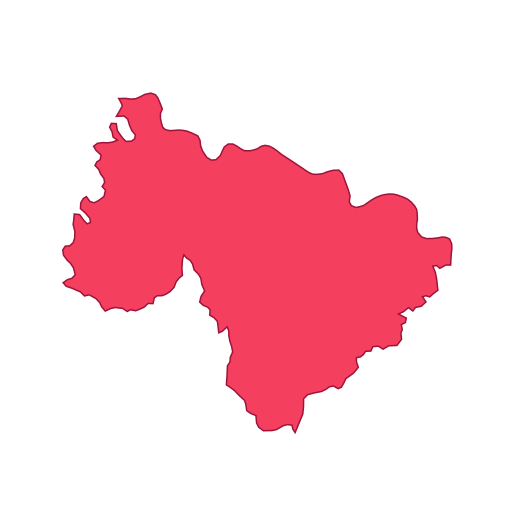 the district of Pinhal da Serra, Rio Grande do Sul, Brazil, rotated 349°
{"feature_id": "56859067B60137678530591", "entity_name": "Pinhal da Serra", "entity_type": "district", "adm_level": 2, "iso_a3": "BRA", "parent_name": "Brazil", "parent_adm1": "Rio Grande do Sul", "projection": "robinson", "projection_center": [-51.231, -27.853], "detail": "fine", "context": "isolated", "style": "filled", "palette": "rose", "viewbox_px": 512, "rotation_deg": 349, "n_neighbors": 0, "source": "geoboundaries", "source_scale": "gbopen_adm2", "svg_char_len": 3751}
<svg xmlns="http://www.w3.org/2000/svg" viewBox="0 0 512 512"><g transform="rotate(349 256 256)"><path d="M192.1,93.8L190.8,86.7L189.8,82.1L188.0,78.4L183.7,76.0L177.6,76.2L172.4,77.7L167.8,78.7L162.8,78.0L158.5,76.5L151.3,75.2L152.6,79.1L153.5,83.0L150.0,87.3L145.6,92.3L149.7,92.9L153.2,93.4L156.2,97.2L156.7,103.0L158.0,109.2L160.7,114.0L159.3,117.7L155.7,119.5L150.2,118.7L148.0,115.5L146.3,112.0L143.8,106.4L144.1,99.4L139.3,98.2L136.9,101.6L138.4,106.6L138.4,112.0L142.1,115.8L136.9,116.8L132.1,116.6L127.4,115.5L121.9,115.1L117.5,117.3L119.1,121.8L123.2,127.4L121.4,131.7L117.7,133.3L115.2,136.4L118.1,140.9L119.1,145.9L121.5,150.9L121.4,155.0L118.2,158.5L120.8,162.6L118.2,168.5L112.1,171.5L107.2,172.9L103.4,170.8L100.8,165.3L97.4,166.7L94.1,170.4L92.7,176.0L96.7,181.2L100.1,187.2L99.9,191.5L96.4,192.2L93.8,188.3L90.8,181.7L85.6,180.1L84.0,185.8L82.5,190.1L82.9,197.5L81.4,203.7L79.2,207.9L75.0,210.5L70.7,209.9L67.5,213.1L67.2,218.5L69.8,224.0L72.5,227.8L74.6,232.9L75.0,239.9L70.9,242.8L66.5,243.2L61.6,245.4L63.9,249.5L69.0,252.4L76.9,257.8L80.0,262.5L84.9,262.3L90.7,267.2L93.7,271.9L94.8,276.4L97.5,281.3L103.6,279.8L108.1,279.7L111.5,280.9L114.9,281.8L119.0,285.9L122.5,284.8L127.5,286.8L133.1,285.7L136.4,284.9L141.0,282.0L145.8,283.1L148.2,277.7L151.4,276.2L156.0,277.0L159.9,276.4L164.5,274.7L169.5,271.2L172.8,266.0L176.5,262.9L180.1,261.0L180.8,254.5L182.3,248.6L183.4,244.8L185.5,241.2L187.6,244.9L190.6,247.8L192.2,251.9L192.6,257.8L196.1,263.0L197.6,267.2L197.4,273.7L198.9,280.5L194.4,285.1L191.9,290.5L194.8,294.4L198.5,296.7L200.7,300.0L199.3,305.3L203.0,308.5L205.6,312.8L205.2,319.3L204.8,324.3L208.7,323.4L214.1,320.0L215.0,324.5L214.1,329.1L214.1,335.0L214.8,339.5L214.8,345.7L211.5,350.4L210.2,355.1L207.0,358.4L205.7,363.8L204.6,368.5L202.3,376.8L205.2,379.6L209.2,384.0L212.8,389.6L217.2,395.5L217.7,399.5L217.4,406.0L220.5,409.3L225.5,412.6L224.7,420.0L226.0,424.6L229.9,428.9L234.2,429.7L238.4,430.4L243.1,430.3L250.3,427.8L254.7,427.5L259.0,428.9L259.2,433.2L260.7,436.8L271.7,420.2L273.9,413.0L275.5,405.2L280.2,402.0L287.4,401.5L294.5,401.5L299.3,400.2L302.8,398.5L307.1,398.3L311.3,401.9L314.8,401.1L318.1,397.2L320.8,393.5L325.3,391.5L329.3,389.6L335.2,384.8L334.4,379.2L335.2,374.9L339.2,375.0L342.5,373.4L345.3,370.5L350.7,371.2L353.3,367.3L359.0,367.9L362.9,371.7L369.3,369.5L377.3,370.7L383.0,365.5L383.5,359.5L385.5,356.2L385.6,351.0L389.9,349.9L391.7,345.6L388.1,342.8L384.8,340.1L390.2,338.8L395.8,335.8L399.5,339.9L402.8,336.9L408.6,336.9L414.1,333.5L411.7,327.8L415.2,327.4L418.8,329.3L422.7,326.9L428.0,324.3L428.4,318.9L428.9,313.5L428.9,306.3L427.6,299.8L431.5,299.8L434.1,303.2L440.5,301.1L445.4,302.0L446.5,297.2L447.8,292.2L449.7,285.9L450.4,281.4L449.3,276.2L445.7,273.8L442.3,272.9L438.2,272.9L432.5,272.5L426.7,271.4L422.3,269.0L419.3,263.9L419.0,259.5L419.9,255.0L421.4,251.0L422.3,245.4L422.6,240.9L421.2,237.0L418.8,232.9L415.9,229.4L412.7,226.9L409.5,225.0L406.4,223.1L402.7,221.5L398.3,220.5L394.4,220.3L390.3,220.4L384.7,221.5L379.5,223.3L375.3,225.2L371.5,226.9L367.2,227.4L363.3,227.4L359.2,224.8L357.9,220.5L359.8,215.0L359.2,208.5L358.1,201.8L357.4,197.2L356.5,191.6L353.7,187.5L348.3,186.6L342.2,186.9L336.9,187.9L331.5,187.5L327.3,186.5L324.3,184.5L321.5,181.9L311.0,171.4L303.2,163.8L300.3,161.0L297.2,157.3L293.6,153.5L289.7,150.5L285.8,149.1L282.1,149.3L278.0,150.9L273.8,151.5L269.9,151.5L264.7,150.4L261.0,147.4L258.4,144.7L254.7,141.7L250.1,140.8L245.7,142.9L243.3,146.1L240.1,150.6L235.0,153.9L230.4,153.3L226.5,149.8L223.5,142.6L222.7,137.4L223.1,131.7L221.8,127.0L217.0,123.4L212.2,120.3L208.5,118.8L204.6,117.7L200.7,117.2L195.7,116.6L191.3,114.8L189.0,111.9L188.5,107.2L188.5,102.5L189.4,97.9L192.1,93.8Z" fill="#f43f5e" stroke="#9f1239" stroke-width="1.5"/></g></svg>